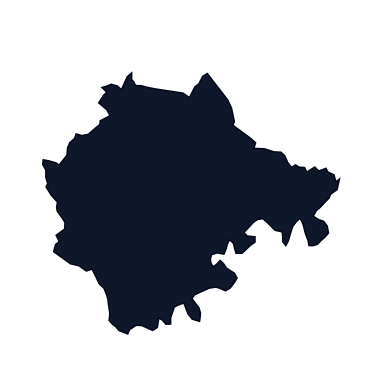 Três Passos, Rio Grande do Sul, Brazil, rotated 79°
{"feature_id": "56859067B72053715457244", "entity_name": "Três Passos", "entity_type": "district", "adm_level": 2, "iso_a3": "BRA", "parent_name": "Brazil", "parent_adm1": "Rio Grande do Sul", "projection": "robinson", "projection_center": [-53.911, -27.427], "detail": "fine", "context": "isolated", "style": "filled", "palette": "ink", "viewbox_px": 384, "rotation_deg": 79, "n_neighbors": 0, "source": "geoboundaries", "source_scale": "gbopen_adm2", "svg_char_len": 2412}
<svg xmlns="http://www.w3.org/2000/svg" viewBox="0 0 384 384"><g transform="rotate(79 192 192)"><path d="M319.1,282.2L315.2,279.6L312.2,272.2L313.4,266.9L320.4,257.0L318.4,251.9L309.4,248.6L312.3,245.4L316.9,242.8L317.5,238.1L311.5,237.0L301.5,231.3L300.2,226.5L299.4,221.2L311.1,219.1L316.9,216.0L320.4,209.3L316.1,207.8L312.2,206.8L306.9,207.3L302.2,209.7L296.8,212.4L293.6,209.5L291.9,203.3L289.7,193.4L289.9,186.7L292.0,182.7L295.4,178.0L293.6,172.9L290.9,169.8L288.4,167.1L285.0,164.2L279.6,166.0L276.3,169.6L273.2,172.7L268.0,174.9L264.6,177.4L267.8,181.9L269.4,185.6L265.2,187.0L261.0,186.7L257.2,184.6L256.6,178.9L259.1,172.5L253.9,169.1L250.4,167.6L245.9,164.2L250.5,161.1L255.9,160.9L260.5,160.5L261.7,154.6L258.9,150.1L255.4,144.6L253.2,139.7L248.0,138.7L245.8,146.1L241.7,148.8L237.0,142.3L233.4,137.4L231.4,132.6L231.8,127.4L237.1,123.4L242.3,119.9L245.4,117.8L248.4,111.1L253.4,111.5L257.9,112.5L262.5,110.1L258.2,106.7L253.3,104.2L248.6,101.7L245.0,99.7L241.4,95.7L238.3,91.0L242.5,89.7L246.0,89.0L251.8,88.8L255.9,88.4L261.8,87.3L266.9,87.4L267.8,83.3L267.3,78.9L264.4,74.8L261.9,70.5L258.3,65.8L251.1,65.8L246.0,68.3L243.2,73.0L238.9,77.6L233.9,73.4L231.4,68.9L228.0,64.2L224.0,58.5L220.7,56.5L217.3,49.1L207.4,44.8L209.5,48.8L202.2,49.4L198.3,54.9L194.3,56.0L195.6,63.5L190.9,66.8L194.4,75.6L189.5,76.8L188.1,82.1L185.1,85.3L186.9,89.5L181.4,92.4L174.2,94.0L169.9,97.1L168.2,104.0L163.4,112.7L161.0,122.9L155.8,120.2L150.4,124.3L134.2,139.2L131.0,137.0L117.1,137.2L108.4,139.4L78.6,154.4L80.5,159.4L87.2,164.7L89.5,169.2L98.8,176.5L93.2,182.0L83.7,208.7L80.6,216.2L78.0,221.5L76.7,227.2L73.1,228.0L70.0,229.8L63.6,228.5L66.5,233.6L78.1,241.7L73.5,245.3L70.8,251.0L71.8,255.1L72.2,260.4L77.9,256.6L80.0,260.2L86.7,266.6L95.0,259.9L101.5,257.9L104.6,268.5L108.2,269.6L110.9,274.7L115.6,283.0L115.6,289.4L112.9,294.7L117.0,297.0L120.1,302.4L124.9,305.7L132.0,307.7L140.2,317.3L137.5,319.9L134.1,326.6L132.0,331.9L136.4,333.3L142.5,331.3L149.9,332.7L156.2,332.0L159.2,334.3L168.4,330.7L176.2,326.0L181.2,327.8L185.1,328.0L193.2,324.2L197.7,322.5L204.0,324.0L208.6,333.6L215.4,331.8L217.5,335.9L224.2,339.2L239.3,324.9L242.8,317.1L249.4,310.8L248.6,304.8L257.2,302.4L264.2,300.7L269.7,296.8L273.1,296.1L276.8,295.4L281.2,295.0L285.8,295.4L290.5,295.6L295.9,295.9L302.2,297.9L306.7,295.2L310.0,292.3L314.1,290.1L316.6,286.1L319.1,282.2Z" fill="#0f172a" stroke="#020617" stroke-width="1.5"/></g></svg>